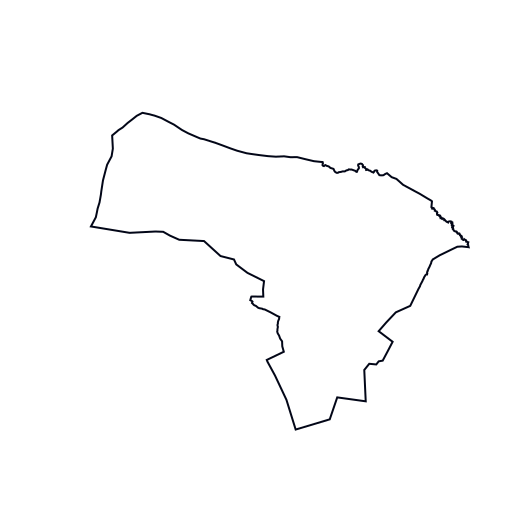 the district of Ise/Orun, Ekiti, Nigeria, rotated 118°
{"feature_id": "59680162B94034829608504", "entity_name": "Ise/Orun", "entity_type": "district", "adm_level": 2, "iso_a3": "NGA", "parent_name": "Nigeria", "parent_adm1": "Ekiti", "projection": "robinson", "projection_center": [5.354, 7.425], "detail": "fine", "context": "isolated", "style": "outline", "palette": "ink", "viewbox_px": 512, "rotation_deg": 118, "n_neighbors": 0, "source": "geoboundaries", "source_scale": "gbopen_adm2", "svg_char_len": 5019}
<svg xmlns="http://www.w3.org/2000/svg" viewBox="0 0 512 512"><g transform="rotate(118 256 256)"><path d="M217.1,439.6L228.4,432.8L235.8,430.3L242.1,430.3L245.3,430.3L250.6,429.1L261.1,426.6L271.4,423.0L274.8,421.7L282.2,419.3L288.5,418.1L292.1,417.0L297.0,415.6L305.4,415.6L307.4,415.6L294.9,378.5L281.6,356.3L278.2,349.3L278.4,341.5L277.7,331.4L267.2,308.9L272.7,287.3L269.4,273.8L272.7,269.5L274.9,255.6L274.4,237.1L282.2,234.1L288.4,230.5L293.8,240.7L294.0,241.0L294.4,241.0L295.8,240.7L296.4,240.6L297.2,240.4L297.7,240.3L297.7,239.8L297.7,239.7L297.7,239.2L297.7,238.3L297.9,237.7L299.4,237.5L299.7,236.3L300.1,235.4L300.3,234.4L300.1,232.7L300.7,229.7L300.5,228.5L300.0,227.0L299.6,225.7L299.7,225.1L299.6,224.6L299.1,223.2L298.9,216.6L299.0,209.5L298.8,206.8L299.2,206.7L300.6,206.1L302.9,205.9L304.4,205.5L305.5,204.9L306.4,204.8L307.4,204.3L308.3,203.4L309.3,203.1L310.6,202.7L311.7,202.1L312.8,201.8L314.1,200.5L315.4,198.3L317.6,195.9L319.1,192.9L323.4,190.4L327.5,186.5L342.7,197.7L343.9,196.3L352.7,183.0L368.7,161.6L390.6,139.5L365.6,114.2L342.7,117.9L332.8,90.9L305.8,106.9L298.0,105.4L295.3,98.9L291.4,98.2L288.9,95.0L278.6,95.0L267.6,95.1L264.8,112.4L253.6,109.8L240.1,106.1L227.6,96.4L208.5,97.1L205.7,97.0L204.5,97.3L199.6,97.3L198.3,97.5L197.3,97.3L196.2,97.6L193.3,97.4L191.7,96.7L191.7,96.4L191.4,96.5L190.9,96.6L190.4,97.1L190.1,97.3L189.3,97.4L188.9,97.3L188.3,97.6L187.6,97.5L186.7,97.7L186.1,97.8L185.4,97.7L184.7,97.8L183.9,97.7L182.9,97.9L180.2,98.0L178.6,98.5L178.1,98.5L177.6,98.4L176.0,98.3L175.1,97.7L173.2,96.6L169.9,94.6L168.9,94.0L167.3,92.8L164.4,90.7L162.2,89.1L158.6,86.5L153.3,82.6L150.9,78.7L148.5,72.7L148.4,72.4L147.8,73.0L147.0,73.6L146.6,73.9L146.5,74.6L145.8,74.7L145.1,74.8L144.6,74.9L144.2,75.0L144.3,75.5L144.4,76.3L144.2,76.8L144.6,77.1L144.2,77.6L143.5,78.0L143.5,79.5L144.0,79.9L143.6,80.3L143.9,80.5L144.5,80.7L144.5,81.3L144.2,82.0L144.2,82.5L143.5,82.8L143.3,83.3L142.9,83.9L142.4,84.1L142.2,83.5L141.8,84.0L141.8,84.6L142.1,85.1L142.0,85.5L141.8,85.5L141.4,85.8L141.1,86.7L140.8,86.7L140.6,87.0L141.0,87.8L141.3,87.5L141.5,88.0L141.6,88.5L141.5,88.8L141.0,89.1L140.9,89.7L140.7,90.4L140.3,90.4L140.3,90.7L140.5,91.2L140.8,92.0L140.7,93.3L140.0,94.1L139.9,94.7L139.3,94.7L139.0,95.1L138.3,95.5L138.7,96.3L138.4,96.5L137.9,96.1L137.4,95.8L137.1,96.3L136.6,96.1L136.5,96.7L136.4,97.0L136.7,97.6L136.4,97.7L136.0,97.7L135.7,97.5L135.1,97.8L135.3,98.1L135.7,98.3L135.6,98.9L135.2,99.0L134.9,99.3L134.6,99.0L134.3,98.7L134.1,98.7L134.1,99.1L134.3,99.3L134.2,99.5L133.9,99.7L134.0,100.2L134.1,100.6L134.7,101.6L135.5,102.4L136.2,102.2L136.2,102.7L136.3,103.8L135.8,105.5L135.6,105.9L135.5,106.1L135.5,106.4L135.9,106.4L136.0,106.6L135.7,106.8L135.2,106.9L135.1,107.2L135.0,107.7L135.0,108.3L135.1,108.8L135.4,108.9L135.7,109.1L135.9,109.1L135.9,109.5L135.5,109.6L135.3,109.9L135.6,110.2L135.7,110.6L135.5,110.8L135.2,110.7L134.9,110.8L134.9,111.1L135.2,111.2L135.5,111.3L135.3,111.5L134.9,111.6L134.8,111.9L134.4,112.1L134.5,112.5L134.6,112.8L134.4,112.9L134.3,112.6L134.1,112.6L133.9,112.6L133.9,113.0L134.2,113.3L134.1,114.0L134.2,114.4L134.5,114.8L134.6,115.3L134.0,115.9L133.4,116.2L133.0,116.2L132.6,116.2L132.3,116.6L131.9,117.2L132.1,117.7L131.9,118.6L132.1,119.4L131.5,119.7L131.1,119.9L130.8,120.9L131.1,121.7L130.6,121.5L130.3,121.7L130.5,122.3L130.6,123.2L130.9,123.5L130.5,124.1L129.2,124.6L125.1,126.3L124.9,127.1L124.8,128.2L124.7,131.7L124.2,140.9L124.2,146.2L124.1,159.5L122.0,168.2L122.7,173.2L121.4,179.2L122.4,180.0L123.4,180.7L124.3,181.1L124.9,181.5L125.7,182.7L126.3,184.0L126.7,185.0L125.9,186.5L124.9,188.5L124.2,188.9L123.8,189.0L123.7,189.5L123.9,190.0L124.2,190.4L124.7,191.1L125.4,191.4L125.9,191.4L126.1,191.3L126.3,191.3L127.2,191.5L127.2,192.0L127.3,192.8L127.4,193.5L127.2,194.7L127.1,195.2L127.4,196.3L127.4,197.4L127.1,198.2L127.3,198.7L128.0,198.7L128.3,199.1L127.4,199.7L127.1,201.1L126.4,201.7L126.8,202.3L127.4,203.1L126.9,203.8L125.6,204.1L125.4,204.9L125.0,205.5L125.1,206.4L125.2,206.9L125.7,207.5L127.1,208.7L127.9,208.5L128.5,207.9L129.2,206.9L130.4,206.3L132.1,206.7L134.3,206.4L134.6,206.9L134.2,208.3L134.4,209.6L134.6,211.1L134.8,212.3L135.1,212.7L136.0,214.8L137.0,215.2L138.0,216.4L139.6,217.3L140.6,219.2L141.9,220.5L142.6,221.5L143.2,222.3L143.9,222.6L144.6,223.5L144.7,224.6L144.6,225.6L144.1,226.7L143.3,227.7L142.7,228.5L142.9,229.6L143.1,230.7L143.3,231.7L143.0,232.7L142.8,233.8L143.0,235.1L143.2,235.8L143.2,236.6L143.1,237.3L143.6,237.8L144.7,238.2L144.9,239.0L144.6,239.9L143.4,240.4L142.7,240.4L142.5,240.5L142.2,241.2L141.8,241.4L142.6,243.2L145.1,249.4L147.3,257.7L149.4,266.1L152.6,272.0L154.8,278.0L159.0,285.1L162.2,292.3L165.4,300.6L167.6,306.6L169.7,312.5L171.9,322.1L173.0,329.2L174.1,337.6L175.1,344.7L177.3,356.7L178.4,360.2L178.7,363.5L179.5,373.4L179.5,380.5L178.5,390.1L178.6,396.1L178.6,404.4L179.7,411.6L180.1,413.2L180.6,415.4L180.8,416.4L182.9,423.5L188.2,427.1L193.5,429.4L198.8,431.8L205.2,434.1L209.4,436.5L211.3,437.2L217.1,439.6Z" fill="none" stroke="#020617" stroke-width="2"/></g></svg>